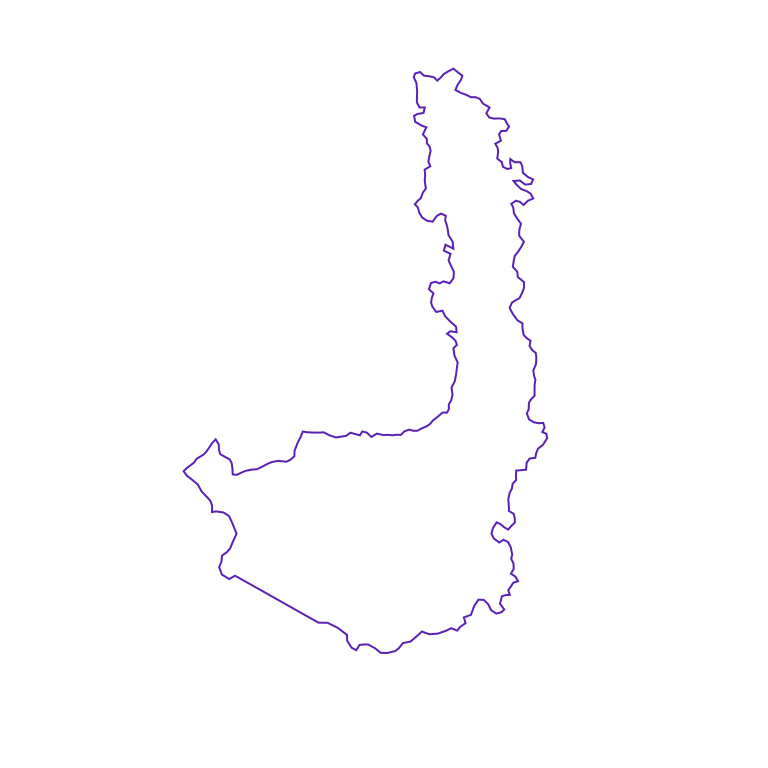 the district of Sanclerlândia, Goiás, Brazil, rotated 151°
{"feature_id": "56859067B50041369621079", "entity_name": "Sanclerlândia", "entity_type": "district", "adm_level": 2, "iso_a3": "BRA", "parent_name": "Brazil", "parent_adm1": "Goiás", "projection": "mercator", "projection_center": [-50.414, -16.327], "detail": "fine", "context": "isolated", "style": "outline", "palette": "violet", "viewbox_px": 768, "rotation_deg": 151, "n_neighbors": 0, "source": "geoboundaries", "source_scale": "gbopen_adm2", "svg_char_len": 4582}
<svg xmlns="http://www.w3.org/2000/svg" viewBox="0 0 768 768"><g transform="rotate(151 384 384)"><path d="M596.5,355.4L592.5,353.9L586.6,349.4L583.5,343.4L584.3,334.2L585.6,324.5L591.9,319.9L598.3,314.8L602.9,313.1L608.9,312.4L612.3,307.4L617.0,303.7L618.2,296.0L614.0,288.5L607.2,288.5L594.8,268.4L589.6,260.0L557.1,207.1L549.1,202.5L542.6,193.0L538.0,182.5L540.7,177.3L540.2,169.1L537.3,164.6L532.0,167.6L528.2,166.1L524.2,163.9L519.8,157.0L517.3,150.5L511.6,147.2L503.8,145.0L499.2,145.7L493.0,148.2L485.7,145.9L474.9,148.1L470.9,149.2L465.9,143.3L458.3,139.7L450.2,138.2L443.6,137.8L439.5,132.8L434.9,134.7L428.6,135.3L427.3,141.2L419.9,139.9L412.8,146.1L406.0,149.6L401.4,146.8L399.7,141.1L399.9,134.0L397.0,128.7L391.9,127.5L388.1,128.5L389.1,135.6L383.7,141.2L379.9,140.4L376.2,138.6L375.3,143.4L371.5,145.2L367.2,147.6L362.4,146.5L362.4,151.7L364.9,156.6L360.1,159.5L357.8,164.1L357.5,169.5L354.6,172.6L352.3,179.6L352.1,185.6L355.0,189.8L360.1,189.5L362.8,195.7L362.6,200.9L358.6,205.2L352.5,208.4L350.1,204.9L348.1,200.0L346.0,196.5L341.6,198.1L336.7,199.4L334.8,203.1L333.5,207.5L336.3,212.4L334.0,216.7L331.2,222.9L327.1,227.7L323.0,230.4L319.7,234.5L315.0,235.9L312.9,240.2L310.3,244.2L306.0,242.2L301.3,240.2L297.3,246.1L292.7,248.2L287.4,246.1L284.6,249.6L280.8,252.7L274.3,253.8L267.6,257.5L266.1,261.7L268.8,265.3L264.6,268.1L263.6,272.7L268.0,274.9L271.6,278.0L274.3,282.8L273.3,289.0L269.7,291.8L266.3,297.3L262.5,299.5L258.1,300.6L255.4,305.4L252.7,310.2L249.6,314.2L248.8,318.3L246.9,323.4L241.5,327.6L238.1,333.0L236.2,337.5L237.9,341.7L238.3,346.6L234.9,350.8L236.8,354.6L238.1,359.2L235.9,365.5L233.5,369.9L236.4,375.0L237.4,382.7L237.2,389.7L232.6,393.2L227.8,393.4L223.9,393.4L219.3,396.5L215.1,400.0L212.2,405.3L215.1,412.8L213.0,417.5L214.5,424.1L210.7,429.0L207.3,432.8L202.9,434.5L198.0,437.1L192.7,440.5L193.9,448.2L190.9,453.2L186.5,457.8L187.3,464.4L187.6,470.3L185.4,475.6L185.3,479.8L179.8,480.4L176.8,477.4L175.2,472.9L169.4,474.5L163.5,473.9L163.5,479.3L165.6,483.4L169.6,488.1L171.5,494.2L172.3,498.7L166.6,496.2L163.9,490.0L158.4,487.6L154.4,490.7L157.8,495.3L160.1,501.3L157.4,507.7L157.2,511.9L162.3,514.7L164.5,519.5L166.5,516.1L168.1,511.2L172.0,512.3L174.7,516.4L173.4,521.0L175.7,526.3L171.7,531.4L170.1,535.6L170.2,540.2L163.8,540.1L162.4,546.5L158.7,548.5L154.5,546.1L149.8,548.5L150.2,552.7L150.0,557.1L154.4,560.4L159.2,562.8L162.7,566.0L163.3,571.1L157.6,574.7L161.5,581.3L162.0,587.0L165.2,590.7L169.0,592.7L171.5,596.6L175.5,601.2L179.0,606.5L174.9,609.8L168.9,612.9L166.0,615.8L168.1,620.3L170.4,626.2L176.4,626.3L181.6,626.1L185.8,624.5L190.4,623.5L191.5,627.9L195.1,631.1L199.5,634.2L201.2,639.4L206.3,640.5L209.2,638.0L209.8,631.3L213.2,623.8L215.7,619.6L218.7,614.4L218.9,608.7L214.3,606.1L218.0,601.9L223.8,603.9L227.7,603.9L229.6,598.2L225.8,591.8L222.5,588.0L229.0,583.4L227.7,577.5L229.8,573.6L229.0,569.6L230.1,565.4L233.7,561.5L237.4,556.9L237.9,552.0L244.5,551.8L246.5,547.2L250.0,541.7L252.6,534.7L257.3,532.5L261.7,528.7L265.5,527.9L269.9,526.2L268.8,522.1L270.1,516.7L269.9,511.0L267.2,505.9L262.8,502.4L256.4,505.4L251.5,505.4L248.4,501.3L251.1,497.6L251.9,493.1L253.4,488.1L255.4,483.0L255.0,475.0L257.8,468.7L260.2,472.5L262.7,476.0L267.0,471.6L262.7,465.6L267.6,460.8L268.2,453.7L268.4,448.4L271.8,443.0L277.7,440.2L282.3,445.0L286.5,445.0L289.5,448.5L294.0,449.5L298.8,445.1L296.8,439.4L300.6,435.9L303.4,432.3L304.2,428.2L303.4,421.7L297.3,419.8L297.7,413.6L295.9,407.0L293.2,399.2L295.4,394.1L300.5,398.0L304.5,397.4L301.5,391.0L300.5,386.8L301.3,382.9L306.0,381.6L308.7,374.3L309.1,367.2L312.7,362.4L316.9,356.7L320.7,352.2L326.6,348.2L329.3,341.4L333.1,337.2L337.3,334.6L339.5,330.5L342.8,328.4L346.6,330.6L353.1,329.3L358.8,328.4L363.3,326.7L367.5,326.3L371.9,326.9L377.3,326.9L380.8,328.7L384.1,331.9L389.0,332.7L394.0,331.3L397.6,333.5L401.6,335.1L405.1,337.6L409.4,339.7L414.3,344.1L420.7,343.8L422.6,349.8L426.0,353.0L430.0,350.8L433.2,353.9L437.0,357.7L442.5,357.0L446.3,358.5L451.9,360.5L456.5,365.5L460.2,371.0L464.8,373.2L470.7,376.6L474.9,379.2L478.1,381.8L482.3,378.3L488.2,374.3L494.5,369.1L497.5,364.2L502.9,363.1L507.2,363.4L513.5,367.9L519.8,370.1L524.4,370.6L529.5,370.7L536.3,371.0L541.1,373.2L547.4,375.2L552.7,375.7L556.7,375.9L560.1,378.3L557.7,383.2L555.6,388.6L555.5,392.8L558.4,397.4L561.3,402.0L560.2,406.6L557.8,411.2L558.1,417.2L563.0,415.6L567.6,413.2L572.2,411.0L576.3,409.7L583.9,409.5L588.5,407.3L596.7,406.2L601.5,404.9L600.9,399.4L598.3,393.4L595.6,386.4L595.6,378.1L594.0,372.4L592.5,366.0L593.3,361.0L596.5,355.4Z" fill="none" stroke="#5b21b6" stroke-width="2"/></g></svg>